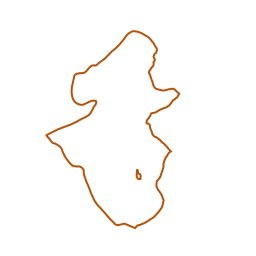 the district of Damt, Al Dali', Yemen, rotated 126°
{"feature_id": "15242507B35659616326925", "entity_name": "Damt", "entity_type": "district", "adm_level": 2, "iso_a3": "YEM", "parent_name": "Yemen", "parent_adm1": "Al Dali'", "projection": "orthographic", "projection_center": [44.686, 14.105], "detail": "fine", "context": "isolated", "style": "outline", "palette": "amber", "viewbox_px": 256, "rotation_deg": 126, "n_neighbors": 0, "source": "geoboundaries", "source_scale": "gbopen_adm2", "svg_char_len": 5862}
<svg xmlns="http://www.w3.org/2000/svg" viewBox="0 0 256 256"><g transform="rotate(126 128 128)"><path d="M70.2,106.7L69.8,110.5L69.5,112.1L69.5,112.7L69.5,113.5L69.6,114.2L69.9,114.8L70.5,115.5L70.9,116.0L72.1,117.1L72.6,117.7L73.9,118.7L75.1,119.7L75.7,120.1L76.3,120.7L76.8,121.3L77.2,121.8L78.8,125.6L79.1,126.3L79.3,127.0L79.6,127.7L79.7,128.4L79.8,129.2L79.7,130.0L79.4,130.7L79.2,131.4L78.8,132.1L78.0,133.3L75.6,136.4L74.3,138.5L73.4,139.6L73.0,140.2L72.5,140.8L71.6,142.0L71.5,142.8L71.1,143.4L70.6,143.9L69.9,144.2L69.1,144.3L66.8,144.3L66.0,144.3L64.6,144.4L63.8,144.2L63.1,144.1L62.4,144.3L61.7,144.6L60.9,145.0L59.9,146.0L59.2,146.2L58.5,146.2L57.8,146.1L57.2,146.4L56.5,146.8L56.3,147.5L56.1,148.2L55.7,148.9L55.1,149.3L53.0,150.0L52.3,150.0L51.6,149.7L50.8,149.5L50.1,149.6L49.5,149.8L48.1,150.4L47.5,150.7L46.9,151.4L46.6,152.0L45.7,154.3L45.5,155.0L44.5,156.9L44.2,157.7L43.9,159.1L43.5,160.5L43.0,162.0L42.8,162.7L42.8,163.4L42.6,164.2L42.6,165.7L42.6,166.5L43.0,168.8L43.1,170.3L43.2,171.0L43.3,172.4L43.4,173.2L44.0,175.5L44.2,176.2L44.9,177.6L45.2,178.3L45.5,178.9L45.8,179.5L46.2,180.1L46.7,180.7L47.8,181.6L48.4,182.0L49.8,182.5L50.5,182.8L51.2,183.0L52.0,183.2L53.4,183.5L56.2,183.6L57.6,183.5L62.7,183.8L63.4,183.9L64.2,183.9L64.9,183.9L66.4,184.1L68.0,184.3L68.8,184.5L69.5,184.6L71.7,185.0L73.3,185.4L74.1,185.7L75.7,186.1L76.5,186.2L77.2,186.3L77.9,186.4L78.7,186.5L80.3,186.7L81.5,187.0L82.9,187.2L83.3,187.3L84.0,187.3L85.7,187.6L86.5,187.8L87.2,188.1L89.8,188.9L91.3,189.4L93.4,190.0L94.9,190.3L95.6,190.5L96.3,190.8L97.7,192.8L98.2,193.4L98.8,193.9L99.4,194.3L100.1,194.5L101.7,194.7L103.4,194.9L104.1,194.9L104.9,195.0L105.6,195.0L106.2,195.1L107.0,195.2L107.7,195.4L108.5,195.7L109.2,196.0L109.8,196.5L110.3,197.0L111.2,198.2L111.8,199.0L112.4,199.6L114.3,201.4L114.9,201.7L115.7,202.0L117.3,202.1L118.0,201.9L120.2,200.8L121.2,200.4L125.7,198.4L126.5,198.1L127.9,197.4L129.6,196.4L130.3,195.9L131.8,195.0L132.4,194.5L134.1,192.8L135.4,191.5L136.5,190.2L137.2,188.8L137.6,188.1L137.8,187.4L138.0,186.7L138.0,185.9L138.2,185.2L138.2,184.4L138.0,182.9L137.8,182.0L137.6,181.3L137.0,180.0L136.6,179.2L136.1,178.6L135.6,178.1L134.3,177.3L132.9,176.5L132.0,176.0L130.2,175.0L129.5,174.7L128.2,173.9L126.9,172.8L126.4,172.3L125.9,171.7L125.1,170.1L125.1,169.5L125.5,168.9L126.2,168.6L127.6,168.1L128.3,168.0L129.0,168.0L130.0,168.1L130.7,168.1L131.5,168.0L132.9,167.7L135.1,167.4L136.6,167.2L138.3,167.1L139.0,167.1L139.9,167.2L140.7,167.4L141.4,167.6L142.2,167.9L144.4,168.9L145.3,169.4L148.2,171.0L150.3,172.0L151.1,172.3L151.7,172.6L154.6,174.0L158.4,176.1L162.0,178.4L164.6,180.2L166.8,181.6L168.2,182.6L168.9,182.9L169.5,183.2L170.2,183.9L181.7,189.7L182.4,188.1L182.6,187.4L182.8,185.8L183.0,185.2L183.3,184.4L183.5,183.7L183.7,183.0L184.1,181.6L184.2,180.8L184.2,180.1L184.1,179.4L183.8,178.6L183.5,178.0L183.3,177.0L183.2,175.6L183.1,174.8L183.1,173.1L183.1,172.2L183.4,170.6L184.0,169.2L185.2,167.5L185.9,166.5L186.3,165.8L186.9,164.4L187.4,163.7L187.8,162.9L189.0,160.1L189.6,157.9L190.2,156.5L190.3,155.7L190.9,153.5L190.9,152.9L191.0,152.0L191.0,150.6L190.5,149.0L190.2,148.4L189.8,147.8L189.0,146.5L188.6,145.9L188.0,145.3L187.7,144.6L187.5,143.9L187.3,143.2L187.3,142.5L187.3,141.7L187.6,140.3L187.8,139.6L188.3,139.1L188.9,138.5L189.6,138.0L190.7,137.1L191.4,136.4L192.0,135.6L192.5,135.0L192.9,134.4L193.5,133.8L193.8,133.0L194.7,131.9L195.0,131.3L195.7,130.4L196.1,129.7L197.3,127.6L198.1,126.3L199.4,124.2L199.8,123.6L200.7,122.1L201.1,121.5L202.0,120.4L202.4,119.8L202.8,119.1L203.7,117.5L204.4,116.0L205.4,114.5L205.7,113.9L206.4,112.5L207.0,111.1L207.2,110.3L207.6,109.5L208.2,107.2L208.4,106.5L208.7,105.0L208.7,104.3L212.2,88.8L212.8,84.9L212.7,84.2L213.0,83.7L213.2,83.1L213.3,82.4L213.4,81.6L213.3,80.9L213.1,80.2L212.4,78.9L211.8,78.4L210.6,77.4L210.1,76.9L209.7,76.4L209.1,76.1L208.4,75.6L207.8,75.0L207.5,74.4L206.8,72.2L206.7,71.5L206.5,70.7L206.2,69.3L205.4,66.4L205.3,65.7L205.1,64.9L205.0,64.2L204.9,63.5L203.7,63.4L202.3,63.2L201.4,63.0L200.4,62.4L199.5,61.5L196.8,59.8L195.7,59.1L194.2,58.4L193.9,58.2L193.6,58.1L192.5,57.6L191.6,57.2L190.0,56.6L188.5,56.1L187.4,55.7L186.9,55.4L185.4,54.9L183.8,54.5L182.5,54.4L180.9,54.2L180.2,54.1L178.5,54.0L176.9,53.9L173.5,53.9L172.5,54.0L171.0,54.4L170.4,54.7L169.6,54.9L168.9,55.2L168.3,55.4L167.7,55.8L166.4,56.2L165.7,56.7L165.2,57.2L164.1,59.0L163.7,59.6L163.2,60.1L162.8,60.8L162.4,61.4L161.5,63.6L160.5,66.5L160.3,67.4L159.9,68.2L159.4,69.1L158.7,70.4L158.1,70.9L157.5,71.4L156.8,71.9L154.7,73.1L153.8,73.3L152.4,73.2L151.6,73.1L150.9,73.1L148.7,73.1L146.5,73.9L145.2,74.3L144.5,74.5L143.7,74.7L143.0,74.9L142.3,75.1L141.6,75.3L140.7,75.7L140.0,75.9L138.3,76.6L137.7,77.1L136.5,78.0L135.0,78.7L133.6,79.2L130.6,79.9L129.1,80.1L126.9,80.1L125.4,80.3L124.7,80.3L124.0,80.3L123.3,80.1L122.5,79.9L121.8,79.5L121.2,82.2L121.1,82.9L120.8,83.9L120.1,86.2L120.1,87.0L119.5,90.1L119.5,92.6L119.2,93.1L118.9,96.0L118.9,96.9L118.8,97.6L118.8,99.9L119.2,100.5L119.4,101.2L119.4,101.9L119.2,102.6L119.0,103.3L118.8,104.1L118.6,104.7L117.4,106.2L116.8,107.0L116.1,108.3L115.3,109.6L114.4,110.6L113.3,111.6L112.8,112.2L112.5,112.8L112.5,113.5L113.1,115.5L112.9,116.2L112.2,116.5L111.5,116.8L110.2,117.2L109.4,117.2L108.7,117.2L108.0,117.1L106.5,117.1L105.8,117.1L105.0,117.2L104.4,117.4L103.7,117.6L102.9,117.8L102.2,117.6L101.7,117.2L100.7,116.1L99.6,115.2L99.0,114.8L98.3,114.4L95.4,113.3L94.1,112.6L93.4,112.2L90.8,110.6L89.5,109.7L88.3,108.9L87.5,108.6L86.1,108.2L85.1,107.9L84.3,107.8L83.6,107.8L82.2,107.8L80.2,107.9L79.3,107.8L78.6,107.7L77.9,107.3L76.5,106.9L75.8,106.8L74.3,106.3L73.5,106.3L72.9,106.4L72.7,106.5L70.2,106.7ZM156.8,95.8L156.6,95.9L156.4,95.6L157.2,94.6L158.1,93.9L158.7,93.0L158.3,91.4L158.8,90.0L161.7,88.0L163.1,89.3L163.1,90.6L162.2,92.4L160.6,93.6L159.2,94.4L157.7,95.5L156.8,95.8Z" fill="none" stroke="#b45309" stroke-width="2"/></g></svg>